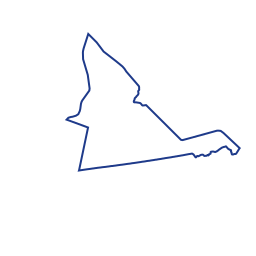 SVG path tracing the border of Adrar, rotated 315°
{"feature_id": "DZA-2143", "entity_name": "Adrar", "entity_type": "Province", "adm_level": 1, "iso_a3": "DZA", "parent_name": "Algeria", "parent_adm1": "", "projection": "albers", "projection_center": [0.561, 25.317], "detail": "fine", "context": "isolated", "style": "outline", "palette": "blue", "viewbox_px": 256, "rotation_deg": 315, "n_neighbors": 0, "source": "natural_earth", "source_scale": "10m", "svg_char_len": 3223}
<svg xmlns="http://www.w3.org/2000/svg" viewBox="0 0 256 256"><g transform="rotate(315 128 128)"><path d="M74.3,131.6L72.0,129.9L69.8,128.2L67.5,126.5L65.2,124.8L63.7,123.7L63.3,123.4L63.5,123.3L100.1,99.4L90.5,78.7L93.1,78.6L95.4,79.8L96.7,80.8L99.9,82.5L102.6,83.1L105.9,81.9L107.7,80.8L111.9,77.6L113.6,76.7L115.1,76.2L127.1,74.2L128.8,72.9L137.1,62.0L144.9,47.6L149.4,42.8L150.6,41.8L153.0,40.3L166.4,33.4L166.4,45.3L164.8,56.7L166.8,72.5L167.6,80.6L167.4,83.6L166.7,86.9L165.3,105.8L165.2,106.2L165.0,106.6L164.8,106.9L164.2,107.6L163.8,107.9L163.0,108.8L162.9,108.9L161.4,109.1L161.2,109.2L161.1,109.3L160.2,110.5L159.9,110.9L159.7,111.1L159.3,111.3L158.2,111.6L156.2,111.6L155.6,111.8L155.4,111.8L154.7,111.7L153.7,111.8L152.6,112.6L151.6,112.9L151.0,113.2L150.9,113.3L150.6,113.7L150.5,114.0L150.7,114.4L151.8,115.5L153.9,118.4L154.0,118.6L154.2,118.9L154.2,119.2L154.3,119.5L154.3,120.4L154.1,121.9L154.2,122.3L154.4,122.6L156.7,124.4L156.9,124.5L157.0,124.9L157.1,173.8L157.4,174.3L158.1,175.2L189.0,192.8L190.4,194.2L191.5,195.6L192.0,199.0L192.7,221.2L191.6,221.4L189.2,222.0L187.7,222.3L186.6,222.6L186.2,222.6L185.9,222.5L185.5,222.3L184.7,221.5L184.0,221.3L183.7,221.1L183.4,220.9L183.2,220.6L182.9,220.3L182.9,220.0L183.0,219.8L183.2,219.4L183.3,219.2L183.6,218.9L183.9,218.6L184.0,218.3L184.0,217.7L184.4,217.2L184.7,217.1L184.9,216.8L185.1,216.5L185.0,216.2L184.9,215.9L184.7,215.7L184.6,215.4L184.6,215.0L184.6,214.9L184.5,214.7L184.4,214.7L184.2,214.1L184.1,213.5L184.3,210.5L184.3,210.3L184.1,210.1L183.9,210.0L183.3,209.8L183.1,209.7L182.3,209.1L180.5,208.3L176.6,207.6L175.8,207.6L174.6,207.3L174.4,207.3L174.1,207.3L173.6,207.0L173.3,206.9L173.0,206.8L172.8,206.7L172.6,206.6L172.0,205.5L171.6,204.9L171.1,204.4L170.2,203.7L169.9,203.5L169.7,203.5L169.4,203.5L169.1,203.8L168.5,204.3L168.1,204.5L167.9,204.4L167.0,204.1L166.9,204.1L166.7,203.9L166.3,203.9L166.1,204.2L165.9,204.2L165.6,204.2L165.5,203.8L165.3,203.5L165.1,203.3L164.9,203.3L164.6,203.3L164.3,203.3L164.0,203.2L162.3,201.8L162.2,201.6L162.2,200.4L162.1,199.9L161.8,199.5L160.9,198.8L160.4,198.5L159.8,198.4L159.6,198.3L159.3,198.2L158.8,198.1L158.2,197.9L157.9,197.8L157.7,197.5L157.4,197.0L157.2,196.8L156.9,196.7L156.6,196.7L156.1,196.8L155.8,196.8L155.4,196.8L155.2,196.7L155.1,196.2L155.1,195.9L155.4,194.5L155.6,192.9L155.5,192.6L155.3,191.6L155.1,191.3L153.5,190.2L152.3,189.3L151.1,188.5L149.8,187.6L148.6,186.8L147.4,186.0L146.2,185.1L145.0,184.3L143.8,183.4L142.6,182.6L141.4,181.7L140.2,180.9L139.2,180.1L137.8,179.2L136.6,178.3L135.4,177.4L134.3,176.6L133.1,175.7L131.9,174.9L130.7,174.0L129.5,173.2L128.3,172.3L127.1,171.4L125.9,170.6L124.8,169.7L123.6,168.9L122.4,168.0L121.2,167.1L120.0,166.3L118.9,165.4L117.7,164.5L116.5,163.7L115.3,162.8L114.2,161.9L113.0,161.1L111.8,160.2L110.6,159.3L109.5,158.5L108.3,157.6L107.1,156.7L106.0,155.8L104.8,155.0L103.6,154.1L102.5,153.2L101.3,152.3L100.2,151.5L99.0,150.6L97.8,149.7L96.7,148.8L95.6,148.0L94.6,147.2L93.5,146.4L92.4,145.6L91.4,144.8L90.3,144.0L89.3,143.1L88.2,142.3L87.1,141.5L86.1,140.7L85.0,139.9L84.0,139.1L82.9,138.2L81.9,137.4L80.8,136.6L79.8,135.8L78.3,134.6L77.3,133.9L76.3,133.1L75.3,132.4L74.3,131.6Z" fill="none" stroke="#1e3a8a" stroke-width="2"/></g></svg>